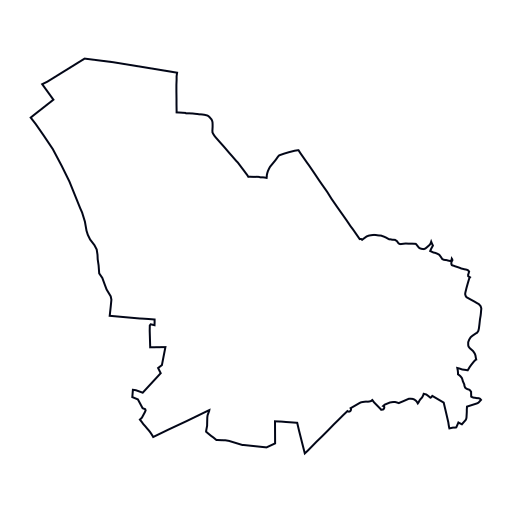 outline of 1er Arrondissement, Analamanga, Madagascar
{"feature_id": "10022922B83786714905046", "entity_name": "1er Arrondissement", "entity_type": "district", "adm_level": 2, "iso_a3": "MDG", "parent_name": "Madagascar", "parent_adm1": "Analamanga", "projection": "orthographic", "projection_center": [47.52, -18.904], "detail": "fine", "context": "isolated", "style": "outline", "palette": "ink", "viewbox_px": 512, "rotation_deg": 0, "n_neighbors": 0, "source": "geoboundaries", "source_scale": "gbopen_adm2", "svg_char_len": 6092}
<svg xmlns="http://www.w3.org/2000/svg" viewBox="0 0 512 512"><path d="M298.5,150.2L298.2,150.2L294.8,150.7L288.9,152.2L284.2,153.6L279.3,155.3L278.8,155.7L278.3,156.3L277.8,156.9L277.3,157.6L276.7,158.5L276.4,158.9L276.1,159.3L275.3,160.4L270.1,166.7L269.1,168.5L267.9,171.1L267.2,173.4L266.8,175.3L266.8,176.3L266.6,177.9L265.6,177.7L263.8,177.4L261.9,177.3L261.5,177.3L260.3,177.3L258.9,176.9L257.0,176.8L254.2,176.9L251.6,176.8L249.3,176.7L248.8,176.8L248.3,176.8L247.2,175.0L245.9,173.3L244.5,171.4L243.0,169.4L241.4,167.3L239.3,164.5L237.8,162.5L236.2,160.9L231.9,155.9L229.4,153.1L227.1,150.4L225.5,148.5L223.5,146.2L221.8,144.3L219.4,141.6L217.2,139.1L215.7,137.4L214.5,135.9L213.4,134.2L212.5,132.5L212.4,130.6L212.6,126.9L212.6,124.5L212.5,122.2L212.1,120.7L211.5,119.4L210.6,118.4L209.7,117.3L208.4,116.1L207.3,115.5L204.5,114.8L201.6,114.4L199.1,114.3L197.4,114.0L196.0,113.9L192.7,113.5L188.7,113.3L186.0,113.3L185.3,112.9L183.3,112.8L180.7,112.6L176.6,112.4L176.6,110.4L176.5,104.3L176.5,98.9L176.4,91.3L176.4,84.8L176.6,79.8L176.6,76.2L177.1,72.7L113.1,62.2L84.6,58.6L47.3,81.7L42.2,84.2L53.4,99.7L34.3,114.7L30.7,117.6L35.6,123.9L43.6,135.4L52.8,149.1L61.7,165.9L69.4,181.5L75.3,196.1L80.1,208.0L82.1,212.5L84.9,221.6L86.5,230.7L87.8,234.8L90.1,239.5L94.4,245.1L96.7,249.5L97.5,254.8L97.7,259.3L98.6,265.4L99.2,273.4L102.3,277.9L104.9,285.0L106.6,289.5L110.7,296.3L111.4,299.7L110.7,306.8L109.8,315.0L109.7,315.8L139.7,318.5L142.2,318.6L148.5,319.0L154.6,319.5L154.6,321.2L154.6,322.3L154.5,325.2L150.7,324.3L149.8,325.5L149.7,330.7L150.2,347.3L165.4,347.1L161.9,365.1L158.1,368.0L160.7,373.2L142.7,392.7L138.9,391.3L135.8,390.2L132.9,389.8L132.5,394.8L132.3,397.1L137.9,399.4L142.6,408.2L145.2,409.2L145.6,410.4L144.9,412.1L141.9,417.7L139.9,419.6L141.8,422.0L143.3,424.1L145.3,426.3L147.2,428.6L148.7,430.3L149.9,431.8L151.0,433.4L151.9,434.8L152.7,436.1L153.2,437.0L168.4,429.6L186.6,421.1L208.2,410.6L209.3,410.1L209.1,411.1L207.6,415.2L207.3,417.4L207.2,421.1L207.1,425.8L206.3,430.0L206.1,431.2L206.1,431.7L207.6,433.0L211.0,435.8L213.4,437.5L216.4,440.0L217.6,440.0L221.4,440.2L225.5,440.3L229.0,440.9L242.4,445.0L243.7,445.0L266.5,447.4L275.1,443.4L275.0,421.3L276.6,421.4L281.7,421.6L286.0,422.0L290.4,422.3L297.2,422.8L299.0,430.5L301.9,442.0L304.8,453.4L307.4,451.0L308.8,449.6L312.8,445.5L316.5,441.7L321.9,436.5L328.0,430.4L334.0,424.2L338.2,420.1L340.6,417.7L343.2,415.1L345.0,413.4L347.4,411.1L347.6,411.3L348.1,411.5L348.6,411.6L349.2,411.6L349.8,411.4L350.2,411.1L350.6,410.7L350.8,410.3L351.0,409.6L351.0,408.9L350.6,408.2L356.5,404.8L357.7,404.1L359.6,403.0L360.8,402.4L362.1,402.1L364.2,401.8L366.0,401.6L367.9,401.7L369.8,401.4L371.4,400.9L371.9,400.3L372.3,400.0L372.6,400.4L373.9,402.2L379.2,407.6L380.1,408.5L380.6,409.1L381.2,409.8L381.9,409.6L382.4,409.6L382.9,409.6L383.6,409.1L384.1,408.3L384.3,407.3L384.1,406.4L383.2,406.0L384.8,404.6L389.9,402.5L392.4,402.1L393.7,402.0L395.1,402.0L396.6,402.4L398.8,403.1L399.9,402.6L400.6,402.3L402.8,401.4L405.3,400.3L408.7,398.8L410.1,398.7L411.5,398.8L412.6,398.9L413.8,399.3L414.4,399.6L415.8,400.6L416.8,401.7L417.8,403.4L418.6,402.3L419.4,400.7L420.3,399.4L421.5,398.1L422.1,397.4L422.8,396.1L423.2,395.3L423.4,394.6L423.7,393.8L426.3,394.5L428.2,395.9L430.4,397.7L431.2,397.3L432.3,395.9L443.7,402.6L445.9,411.9L448.3,422.3L448.6,424.4L449.1,427.3L449.4,428.4L453.0,427.6L454.6,427.6L455.4,427.5L456.0,427.5L456.3,427.3L457.1,425.5L457.9,423.7L458.4,422.5L458.7,422.7L461.9,424.3L463.7,422.2L465.4,420.3L465.9,419.6L466.3,418.5L466.5,417.3L466.8,411.9L466.8,409.6L467.0,406.6L477.0,403.4L478.2,402.8L478.8,402.3L481.0,399.9L480.1,398.8L479.4,398.5L478.7,398.2L478.3,398.2L476.6,398.1L475.2,397.8L473.4,397.6L472.1,397.1L471.2,396.6L471.2,395.8L471.1,393.3L471.1,391.8L470.3,390.7L469.8,390.1L468.8,389.5L467.9,389.3L466.9,388.9L466.2,388.5L465.1,387.6L464.6,386.2L464.4,385.7L464.3,384.5L462.8,381.1L462.7,380.6L462.3,379.2L461.9,378.2L461.8,377.9L460.4,376.2L459.5,375.4L458.0,374.3L458.0,372.7L457.8,370.6L457.3,368.0L459.7,368.6L462.2,369.5L465.4,369.9L467.7,370.3L468.2,369.5L469.7,367.0L471.2,364.9L472.4,363.4L474.0,361.4L475.8,359.6L476.2,359.5L475.8,357.7L475.5,355.7L475.0,354.1L474.2,352.7L473.0,351.0L471.3,349.5L469.8,348.2L469.2,347.4L468.6,346.6L468.3,345.7L468.2,344.7L468.2,342.3L468.3,341.9L469.2,339.6L470.3,337.8L470.8,337.1L472.5,335.7L476.0,333.3L476.9,332.9L478.1,331.3L478.4,330.6L478.9,328.5L479.4,324.6L480.0,319.2L480.6,315.7L480.9,313.2L481.1,310.6L481.2,309.9L481.3,308.5L481.0,307.3L480.5,306.0L479.7,305.1L478.8,304.1L476.8,303.0L474.5,301.6L470.8,299.6L466.5,297.2L465.7,296.0L465.2,294.4L465.2,293.5L465.4,292.4L466.5,287.9L467.7,283.6L469.3,278.2L470.0,277.3L468.2,276.2L468.1,274.8L468.6,273.4L469.1,271.5L468.6,271.0L467.9,270.2L466.9,269.8L465.8,269.5L464.5,269.3L462.6,268.8L461.2,268.5L460.2,268.0L458.5,267.4L456.7,266.8L454.8,266.2L453.6,265.7L452.4,265.4L451.8,265.1L451.5,264.3L451.3,263.8L451.4,263.2L451.4,261.9L451.5,261.4L452.1,260.9L452.4,260.2L452.2,259.3L451.8,258.7L451.7,259.3L451.4,260.0L451.0,260.8L450.6,261.1L447.8,260.5L446.6,260.1L445.3,260.0L443.9,259.8L442.3,259.1L441.0,257.1L439.3,254.8L437.5,253.8L435.3,252.9L433.4,252.5L431.9,251.8L430.2,251.0L431.1,248.9L432.9,245.6L431.7,243.0L431.2,241.7L430.8,242.9L430.4,243.8L429.6,244.9L427.1,247.1L425.4,248.5L423.9,249.1L421.9,248.9L420.8,248.6L419.7,248.2L419.1,247.8L418.7,247.4L416.3,244.4L415.8,243.9L415.1,243.8L412.7,243.7L408.9,243.7L405.7,243.5L403.9,243.7L400.6,244.1L399.4,243.9L398.7,243.4L398.0,242.7L397.1,241.3L396.0,240.5L395.1,239.9L394.2,239.8L392.0,239.7L390.5,239.3L389.2,239.3L388.2,238.8L385.9,237.5L383.6,236.5L382.4,236.1L381.1,235.6L379.6,235.5L378.2,235.4L375.7,235.0L374.0,234.9L372.0,235.1L370.0,235.4L368.5,235.7L367.6,236.1L366.7,236.4L363.0,239.1L362.1,239.8L361.9,239.6L361.5,239.2L361.1,239.0L360.5,239.0L359.7,239.1L352.9,229.3L350.6,226.3L346.7,220.5L341.7,213.4L340.7,212.0L336.9,206.6L331.5,198.8L327.2,191.9L321.7,184.1L319.2,180.5L315.2,174.5L312.5,170.5L308.8,165.1L307.1,162.8L300.2,152.9L298.5,150.2Z" fill="none" stroke="#020617" stroke-width="2"/></svg>